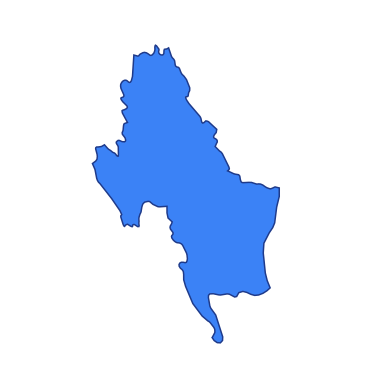 map outline of Utenos (Robinson projection), rotated 65°
{"feature_id": "LTU-1074", "entity_name": "Utenos", "entity_type": "County", "adm_level": 1, "iso_a3": "LTU", "parent_name": "Lithuania", "parent_adm1": "", "projection": "robinson", "projection_center": [25.525, 55.493], "detail": "fine", "context": "isolated", "style": "filled", "palette": "blue", "viewbox_px": 384, "rotation_deg": 65, "n_neighbors": 0, "source": "natural_earth", "source_scale": "10m", "svg_char_len": 4044}
<svg xmlns="http://www.w3.org/2000/svg" viewBox="0 0 384 384"><g transform="rotate(65 192 192)"><path d="M311.9,161.7L313.2,165.9L313.8,170.5L313.5,175.1L312.2,178.9L309.6,181.9L306.2,184.7L303.6,187.9L303.0,192.1L305.6,195.7L305.2,197.7L300.4,201.3L299.2,203.2L297.4,209.7L296.5,211.3L293.2,215.7L291.9,218.9L292.6,220.7L294.7,221.8L302.9,224.0L305.2,224.1L313.5,222.5L336.3,225.4L339.5,227.1L340.7,230.0L339.2,232.8L336.0,234.7L332.4,235.3L332.0,234.6L329.1,230.8L327.9,230.1L326.0,229.4L324.0,229.4L317.8,230.8L316.5,231.4L315.6,232.1L308.8,235.2L293.5,238.4L274.9,237.7L268.0,236.6L263.2,234.4L260.5,233.5L258.9,233.6L257.6,234.0L256.3,234.7L253.8,235.0L252.1,234.3L251.1,232.6L251.3,231.0L252.2,229.3L253.2,228.0L253.3,226.8L252.3,225.6L250.6,224.4L246.9,223.1L245.0,222.8L236.4,223.0L236.0,223.1L235.1,223.3L234.3,223.7L233.4,224.4L232.8,225.0L231.9,226.5L231.5,227.1L230.7,227.8L229.4,228.6L227.6,229.3L225.2,229.7L223.7,229.4L223.0,228.8L222.7,228.1L222.4,227.4L221.4,226.6L220.5,226.4L216.5,227.2L214.9,226.9L213.7,226.1L212.3,224.1L210.7,222.6L205.5,224.7L200.4,223.5L194.4,220.7L191.7,227.7L190.9,229.1L186.7,232.6L182.8,234.4L182.1,235.4L181.7,236.6L181.2,239.2L181.7,240.7L182.3,241.9L184.4,243.8L188.5,246.6L189.4,247.6L190.2,248.6L192.4,250.6L193.8,251.5L196.4,252.5L197.5,253.2L198.7,253.7L200.1,254.1L200.9,254.8L200.4,255.9L197.2,257.9L196.7,258.9L196.9,259.7L197.8,260.2L198.2,260.7L197.8,261.4L196.7,262.3L194.0,264.0L193.8,265.4L194.1,266.7L194.7,267.6L194.0,268.1L192.2,268.1L184.7,267.1L183.5,266.6L183.2,265.9L182.7,265.2L178.4,265.2L164.1,267.6L145.4,271.9L143.6,272.6L141.5,272.8L139.3,272.6L130.6,270.4L124.1,270.2L123.3,266.3L122.9,265.5L122.1,264.2L119.8,262.8L117.8,262.1L112.2,261.1L111.2,260.5L110.9,259.5L111.7,257.6L112.5,254.8L112.2,251.4L116.9,250.0L118.1,249.5L120.1,248.2L122.5,247.1L124.0,245.7L125.3,245.2L127.0,244.9L128.0,244.4L128.3,243.6L126.4,242.6L119.8,239.7L118.2,239.7L116.8,239.9L115.4,239.9L114.5,239.2L114.0,237.1L114.6,236.0L116.8,234.1L117.4,233.0L118.0,231.9L117.8,230.9L117.0,230.2L114.8,229.8L113.0,230.1L111.3,230.5L110.1,230.7L108.7,230.2L107.0,228.4L103.2,226.2L102.0,225.3L101.4,224.5L101.7,221.1L91.3,221.7L90.0,221.5L88.7,221.0L88.6,220.1L88.8,218.9L88.8,217.5L88.7,216.1L88.1,214.9L87.4,214.6L86.4,214.6L81.0,216.6L78.3,217.1L77.1,216.9L76.6,216.3L76.8,215.2L76.8,214.1L76.2,213.1L74.8,212.7L68.1,212.6L65.9,212.0L64.3,211.1L63.4,210.0L62.7,208.9L62.3,207.8L62.2,206.7L62.3,205.6L62.8,204.6L63.6,203.9L65.6,203.0L66.3,202.4L66.4,201.4L65.5,199.9L62.1,197.1L43.3,186.8L46.0,183.6L46.0,182.5L45.5,181.8L45.3,181.2L45.1,180.6L45.0,177.6L45.4,176.0L46.6,174.5L48.0,173.5L50.5,172.1L50.9,171.2L50.9,170.1L50.0,167.9L48.6,166.4L47.1,165.3L45.3,164.6L44.0,163.8L43.5,163.1L44.5,162.4L48.6,161.6L49.5,162.0L50.4,162.8L52.0,163.3L53.5,163.0L54.7,162.1L55.3,160.9L55.3,160.1L54.6,159.0L51.8,157.5L51.0,156.7L51.4,155.3L51.7,154.5L51.5,152.3L60.5,153.3L62.0,153.1L64.1,152.4L65.7,152.3L69.7,153.5L70.9,153.6L72.0,153.1L72.6,152.5L73.0,151.9L73.7,151.4L74.9,151.2L79.2,151.5L81.1,151.3L83.7,150.3L87.8,149.5L96.4,150.0L97.0,150.2L99.0,151.2L99.4,151.6L100.4,152.9L101.3,153.6L103.3,154.9L103.6,155.6L103.2,157.2L103.4,157.7L104.7,158.0L106.7,158.0L110.6,157.4L126.4,153.0L127.5,152.8L129.0,152.8L132.0,153.5L133.2,153.6L134.0,153.2L134.2,152.0L133.4,149.4L134.4,148.1L135.3,147.3L145.7,143.1L148.4,145.0L148.9,146.2L149.9,148.0L150.8,148.9L151.7,149.3L152.5,149.1L154.0,148.0L155.0,147.5L156.4,147.5L157.6,148.2L158.1,149.0L160.6,151.8L166.3,149.8L168.3,148.7L170.2,148.3L185.0,148.0L186.6,148.3L187.1,148.7L187.4,149.3L187.6,149.8L187.9,150.8L193.0,146.5L194.0,145.4L196.0,142.5L197.3,142.0L198.3,142.1L201.0,142.9L203.5,143.2L204.4,142.8L205.1,141.8L207.3,136.4L208.5,134.0L212.2,130.0L212.9,128.0L213.8,126.5L215.6,124.9L218.4,123.3L219.8,122.3L221.5,120.6L222.3,119.5L222.5,117.8L222.5,114.6L225.2,111.2L232.9,114.8L241.4,121.6L254.9,130.1L258.4,133.9L261.6,139.2L268.8,148.5L277.4,153.2L296.4,159.8L304.1,161.3L311.9,161.7Z" fill="#3b82f6" stroke="#1e3a8a" stroke-width="1.5"/></g></svg>